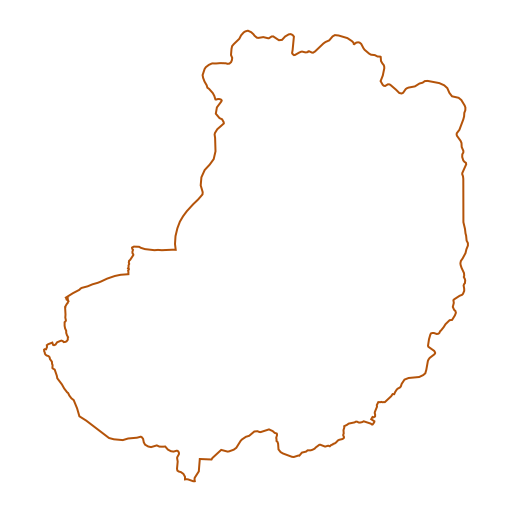 outline of Baños de Agua Santa, Tungurahua, Ecuador
{"feature_id": "8360857B58135855754809", "entity_name": "Baños de Agua Santa", "entity_type": "district", "adm_level": 2, "iso_a3": "ECU", "parent_name": "Ecuador", "parent_adm1": "Tungurahua", "projection": "albers", "projection_center": [-78.297, -1.33], "detail": "fine", "context": "isolated", "style": "outline", "palette": "amber", "viewbox_px": 512, "rotation_deg": 0, "n_neighbors": 0, "source": "geoboundaries", "source_scale": "gbopen_adm2", "svg_char_len": 5922}
<svg xmlns="http://www.w3.org/2000/svg" viewBox="0 0 512 512"><path d="M458.6,97.8L452.0,96.3L449.4,92.9L447.3,88.1L444.2,85.3L439.3,83.1L427.6,80.9L424.8,81.1L422.6,82.7L419.5,83.5L414.9,86.4L408.5,87.6L406.8,88.3L405.7,89.1L403.1,92.8L401.6,93.5L399.3,93.0L396.0,89.7L390.3,84.8L389.1,84.3L387.9,84.3L385.1,86.0L383.7,85.7L382.7,84.8L380.6,81.1L382.8,75.5L384.3,68.2L384.2,66.6L383.8,65.2L382.3,63.3L381.0,61.0L380.7,56.9L380.2,56.6L377.5,56.5L374.8,55.1L371.0,54.7L369.2,53.7L364.6,49.8L363.5,48.3L361.2,43.9L359.6,42.6L358.2,42.3L356.3,42.6L354.2,44.2L353.8,44.0L353.8,43.4L353.1,42.3L351.9,41.1L347.4,38.1L338.6,35.5L334.9,35.1L332.6,36.4L329.2,40.4L325.5,42.0L323.4,43.5L315.0,51.5L313.7,52.3L313.0,52.7L312.0,52.6L308.9,51.2L308.2,51.4L307.8,52.1L306.8,52.3L305.4,52.4L302.2,51.6L301.2,51.7L299.3,52.5L294.9,55.0L293.9,55.1L292.8,54.2L292.2,53.4L292.1,52.8L292.6,50.1L293.9,36.6L292.9,35.3L291.7,34.5L290.5,34.1L288.7,34.4L285.1,36.5L282.0,39.9L278.9,40.2L273.2,36.4L271.6,36.5L269.0,38.2L268.3,38.3L263.3,37.1L258.4,37.9L256.9,37.7L254.5,35.7L253.5,34.3L251.2,32.2L247.9,30.7L245.3,31.4L243.7,32.4L241.1,35.3L239.3,38.8L233.8,44.1L232.1,46.1L231.5,48.9L231.0,55.0L232.2,57.9L231.9,60.1L231.1,62.1L229.4,63.6L227.5,63.8L225.8,63.3L220.3,63.1L215.9,63.5L212.3,63.4L211.4,63.7L208.8,64.9L205.8,67.2L204.6,69.0L202.6,75.1L203.1,77.8L204.5,81.5L206.7,85.3L207.4,87.7L209.0,88.8L212.8,93.1L214.3,95.9L215.4,99.4L216.0,99.6L218.0,99.0L219.7,99.1L221.2,99.7L221.5,100.1L221.7,100.6L221.3,101.5L216.9,107.4L215.8,113.7L219.5,118.1L222.1,119.3L223.7,122.2L223.8,123.5L217.3,129.2L215.0,132.9L214.6,134.5L215.1,137.9L215.5,151.3L213.7,159.1L209.7,164.6L204.7,170.0L201.4,177.3L200.7,185.4L202.7,192.2L202.5,194.4L198.2,199.4L193.2,204.2L186.8,211.2L183.1,216.2L179.9,221.6L179.3,223.2L177.4,228.2L175.5,236.1L175.0,244.0L175.7,249.8L172.7,249.7L161.8,250.2L158.0,249.9L154.5,250.2L144.9,249.1L140.8,247.8L139.1,246.8L133.9,246.6L132.1,247.5L132.0,247.8L132.4,249.1L133.0,249.8L132.4,251.8L132.5,253.2L133.3,254.4L133.3,255.1L130.2,259.8L129.1,260.8L128.8,262.7L129.2,263.9L128.5,265.5L128.6,267.2L128.0,268.4L128.9,269.0L128.8,269.7L128.1,270.6L128.4,271.9L128.4,274.2L120.5,274.8L114.8,276.0L107.2,278.6L100.8,281.6L97.8,282.8L92.5,284.3L87.7,286.3L81.7,287.9L80.5,288.6L79.4,289.8L72.9,293.2L66.2,297.4L66.7,297.7L66.4,298.3L67.6,298.4L66.8,299.7L67.4,300.1L68.0,300.0L68.5,301.4L67.7,302.4L67.7,303.0L66.7,304.1L65.4,306.4L65.4,307.0L65.1,307.1L65.5,314.6L65.3,317.6L65.9,320.4L65.6,321.2L64.6,322.2L64.6,325.8L65.1,328.4L66.2,330.8L66.2,332.9L67.0,335.3L68.1,337.2L67.8,337.7L67.8,339.7L66.5,341.4L65.3,341.9L63.7,342.1L62.8,341.1L61.4,340.6L60.2,341.0L57.1,342.3L55.5,344.6L54.0,345.2L53.1,344.9L52.3,342.6L48.2,344.2L46.8,345.2L47.0,347.0L46.1,349.3L44.7,349.2L44.1,349.6L44.2,351.3L44.8,352.6L44.9,353.7L45.6,354.7L46.6,355.5L48.5,356.1L49.1,356.7L49.6,357.3L50.0,359.1L51.9,361.7L52.1,364.0L52.6,365.1L52.4,368.0L52.7,368.4L54.7,369.6L56.8,375.7L57.3,378.3L61.9,384.4L64.2,388.5L67.2,392.4L68.1,393.0L69.3,395.5L71.4,398.3L73.7,400.1L77.1,408.4L79.4,416.3L86.2,420.6L109.0,438.0L113.9,439.3L122.8,440.1L128.1,438.5L137.0,437.7L140.8,436.7L141.9,437.3L143.1,438.9L143.8,442.4L145.1,444.7L148.2,446.5L151.1,447.1L156.8,445.4L159.4,446.6L163.1,446.7L165.2,446.5L167.9,449.6L170.9,451.2L173.5,451.6L176.8,450.7L177.7,450.9L178.6,452.0L179.0,453.1L178.9,454.2L177.3,457.1L177.1,458.0L177.7,461.6L177.0,468.8L177.4,470.6L178.7,471.5L180.9,472.1L183.4,473.9L185.0,476.8L185.0,479.4L186.3,479.2L188.1,479.4L193.1,481.2L194.3,481.3L194.8,481.2L194.5,479.3L194.7,477.8L198.8,471.4L199.8,459.0L211.5,459.5L212.4,458.0L221.2,449.9L227.6,451.6L229.0,451.4L233.7,449.7L236.3,447.8L240.6,440.9L241.9,439.5L245.9,436.8L249.2,435.8L254.3,431.5L257.4,431.2L259.4,432.0L260.6,432.1L269.0,429.4L272.7,431.1L274.7,432.9L276.7,433.5L277.0,434.1L277.0,435.2L276.2,437.9L276.5,439.0L276.5,441.0L277.5,441.9L278.1,443.7L278.5,449.4L280.6,452.1L283.0,453.5L291.9,456.8L293.8,457.0L298.5,455.5L299.3,455.7L301.9,452.6L306.1,451.6L307.6,450.3L310.7,450.3L312.4,449.8L314.6,448.7L315.7,447.5L319.3,444.8L320.2,444.7L325.1,446.6L328.2,445.7L329.8,446.3L331.2,445.0L332.7,444.5L333.3,443.8L334.6,443.5L335.9,442.6L338.0,440.4L339.2,439.8L342.6,439.0L343.9,437.9L344.0,437.1L343.2,435.3L343.3,434.5L343.7,433.5L343.5,430.1L344.3,427.5L344.2,426.2L346.9,424.9L348.7,423.6L354.5,422.4L356.0,421.6L357.1,421.7L358.7,422.5L359.9,422.6L362.2,422.1L363.7,421.3L370.7,423.6L372.1,424.6L372.7,424.4L374.2,422.3L374.4,421.3L371.2,419.2L372.5,417.0L373.3,417.4L374.8,416.7L375.1,416.3L375.1,414.3L374.7,413.0L374.9,411.9L377.0,406.7L376.8,405.1L378.3,402.1L380.3,402.2L381.3,401.9L382.2,402.2L384.9,402.1L391.2,396.2L392.6,394.1L394.2,394.2L395.1,392.1L396.8,389.5L397.8,388.6L399.9,387.5L400.8,386.5L401.7,383.8L404.5,379.6L408.6,378.0L419.2,377.0L423.2,375.1L425.3,373.3L426.3,369.8L427.9,360.9L428.6,359.4L429.7,357.9L434.4,354.3L435.1,353.3L435.1,352.5L434.2,350.9L428.4,346.8L428.0,345.8L429.0,339.2L430.4,334.4L431.0,333.4L432.3,333.0L433.9,333.0L436.8,334.0L438.4,333.7L439.3,333.0L440.2,331.1L440.9,330.6L443.7,327.1L445.5,324.2L449.6,320.2L452.1,319.9L454.9,315.4L455.9,312.8L455.4,311.0L454.1,309.8L452.8,306.9L453.8,302.9L453.4,300.2L454.2,299.3L459.6,295.8L462.1,294.8L463.0,293.8L464.2,290.9L464.2,288.8L463.6,285.5L464.1,284.1L464.9,283.2L465.2,280.4L464.8,278.9L463.8,277.0L464.2,275.8L464.0,273.1L461.5,267.7L460.6,264.9L460.4,263.2L460.9,260.9L462.6,258.5L465.5,253.1L466.4,249.3L467.9,245.6L467.9,243.1L466.6,240.6L466.1,235.6L465.5,233.4L465.0,229.0L463.4,222.2L463.3,178.9L463.0,176.3L462.2,174.1L462.3,173.0L466.2,164.3L465.9,162.8L464.5,161.9L463.3,160.5L462.2,157.0L462.3,154.3L463.3,152.6L463.4,151.0L461.7,147.0L461.5,143.0L460.6,140.9L456.9,135.7L456.6,134.3L456.8,133.2L459.4,129.8L463.3,119.4L464.1,116.4L464.3,112.9L465.3,110.3L465.4,107.6L464.7,105.6L461.3,100.0L458.6,97.8Z" fill="none" stroke="#b45309" stroke-width="2"/></svg>